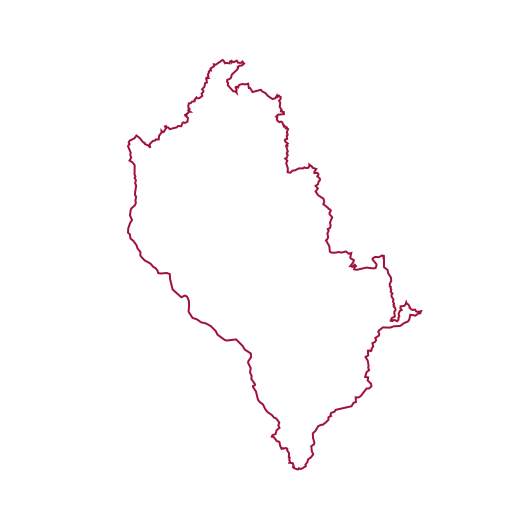 outline of Victoria, Caldas, Colombia, rotated 306°
{"feature_id": "7082276B78337286382012", "entity_name": "Victoria", "entity_type": "district", "adm_level": 2, "iso_a3": "COL", "parent_name": "Colombia", "parent_adm1": "Caldas", "projection": "mercator", "projection_center": [-74.809, 5.451], "detail": "fine", "context": "isolated", "style": "outline", "palette": "rose", "viewbox_px": 512, "rotation_deg": 306, "n_neighbors": 0, "source": "geoboundaries", "source_scale": "gbopen_adm2", "svg_char_len": 6140}
<svg xmlns="http://www.w3.org/2000/svg" viewBox="0 0 512 512"><g transform="rotate(306 256 256)"><path d="M283.2,88.4L279.8,88.5L275.0,86.0L273.0,86.3L272.2,87.9L269.7,87.8L265.9,93.9L263.7,95.0L262.3,97.2L258.8,97.6L259.2,100.8L258.2,104.4L250.7,109.7L249.5,111.7L247.9,111.8L246.7,114.3L243.8,115.5L242.5,117.7L235.8,121.1L234.0,122.7L233.5,124.2L229.9,125.9L228.5,127.5L226.1,128.2L221.2,127.2L219.2,127.8L214.8,130.1L212.2,134.6L208.9,134.7L203.3,136.4L199.7,138.7L199.3,141.3L196.3,144.2L196.2,147.6L194.4,153.2L192.5,155.6L191.3,160.1L188.5,162.1L187.9,163.8L187.0,168.5L187.8,175.0L186.8,179.5L187.1,182.0L186.4,184.7L184.7,186.9L185.9,189.3L189.8,193.8L190.7,196.9L186.9,200.0L179.9,208.2L178.7,219.8L182.2,221.7L182.6,223.7L181.8,225.7L180.0,228.3L177.2,230.6L171.3,234.2L168.6,241.1L170.0,245.1L170.1,250.6L172.0,255.0L172.7,260.7L171.6,267.5L169.7,271.2L169.7,280.1L170.4,282.0L176.8,288.9L175.4,298.0L173.7,301.9L174.1,309.1L171.2,311.5L166.5,311.6L164.9,312.4L162.2,317.6L158.3,319.6L156.4,323.0L153.8,324.5L151.6,330.7L150.7,331.0L149.1,330.0L148.4,330.4L146.3,335.7L141.0,341.9L140.1,344.5L140.0,349.0L137.6,353.3L136.5,357.0L136.7,362.1L135.9,365.2L136.4,367.9L134.9,372.8L132.1,373.6L130.8,376.0L127.2,375.1L123.3,376.5L120.8,374.6L119.1,375.0L119.9,376.7L118.5,381.8L119.4,384.1L116.5,387.3L115.0,390.0L116.3,390.6L116.1,391.3L118.2,393.0L118.5,394.5L117.1,395.5L115.8,398.7L112.4,400.9L112.7,401.7L110.5,402.8L109.9,404.0L108.3,404.5L110.0,407.5L107.9,410.3L107.0,410.0L106.7,410.6L107.5,414.4L108.2,415.6L109.5,415.5L109.7,417.0L111.7,418.5L115.3,419.8L116.3,418.6L119.4,418.7L122.2,417.7L125.3,418.8L129.1,418.9L130.8,416.0L134.6,412.5L137.6,413.6L139.3,413.0L142.3,409.1L145.9,406.2L149.5,406.9L154.9,406.3L158.0,408.1L158.6,409.2L162.1,410.2L166.0,410.9L168.2,409.4L170.7,410.8L171.3,409.6L173.1,409.0L176.2,411.0L178.4,410.9L190.6,421.6L194.6,421.2L196.5,422.7L200.3,419.7L201.7,422.0L204.3,423.1L213.7,423.3L215.3,425.3L218.3,426.0L220.3,424.2L220.9,419.5L223.7,418.2L222.3,415.4L227.1,413.7L230.1,414.6L231.5,412.5L233.6,411.4L237.0,407.9L238.6,404.0L241.5,405.2L245.2,402.2L246.1,403.2L246.5,404.8L247.4,405.0L249.1,403.9L251.7,404.0L253.9,401.4L256.3,402.8L258.6,402.6L259.7,400.7L263.9,402.2L265.5,401.5L266.6,399.4L268.1,399.3L272.8,400.6L276.9,406.6L280.0,408.7L284.1,413.7L288.9,415.3L292.2,417.4L294.5,417.4L299.2,415.4L301.5,420.1L304.6,420.9L306.1,422.5L308.4,422.0L306.1,420.0L305.3,418.1L306.1,416.1L304.3,414.3L304.1,412.9L304.4,410.6L305.0,410.5L306.3,407.9L306.1,406.0L306.9,404.7L304.4,405.5L302.6,405.1L300.3,402.6L298.5,403.6L297.9,405.6L296.4,404.7L294.6,404.9L292.8,405.5L291.5,407.4L289.6,407.5L288.3,408.7L286.3,408.6L285.7,405.8L284.8,404.7L283.5,404.6L282.8,403.1L285.5,402.3L288.6,403.9L292.0,400.7L294.4,400.6L295.8,399.0L296.0,397.2L296.9,397.2L297.3,395.9L298.6,395.7L299.6,393.6L301.6,392.8L302.9,389.5L304.4,388.4L305.8,388.5L306.2,386.0L308.5,385.1L308.6,384.2L310.2,383.3L310.0,382.2L312.2,380.5L315.3,380.1L317.8,377.9L319.8,373.0L322.0,370.7L322.3,366.0L328.7,361.4L329.0,360.6L330.3,360.4L330.3,359.3L331.2,359.1L330.4,357.6L327.2,356.1L325.3,352.9L322.5,351.8L321.6,352.5L320.2,358.1L319.4,359.0L316.5,359.8L314.9,358.2L311.5,352.1L304.1,345.7L302.9,343.2L304.5,342.4L306.6,342.8L307.0,341.0L303.7,340.2L304.1,339.2L303.3,338.2L307.9,338.4L310.2,337.6L309.7,334.4L310.2,333.1L314.4,331.3L312.4,329.8L312.5,326.0L309.0,323.2L307.9,320.7L304.8,317.7L303.1,315.0L302.9,313.2L307.0,309.6L309.8,303.4L311.0,303.8L313.6,303.4L316.2,300.5L319.1,300.0L319.9,298.2L322.2,299.4L324.4,298.6L326.3,296.3L332.1,294.9L333.1,290.9L334.3,290.0L336.5,290.0L337.2,288.9L336.8,287.0L337.3,285.8L337.5,279.9L339.8,279.5L342.0,277.0L341.7,270.5L343.2,266.3L347.0,266.4L347.7,263.0L350.6,264.0L352.7,263.0L355.2,263.1L356.3,261.8L356.5,258.7L358.4,258.8L359.2,258.0L359.2,256.5L357.4,254.5L358.6,253.7L361.8,253.6L360.6,249.8L361.2,248.9L361.3,245.4L359.9,246.4L358.1,246.5L356.5,244.6L356.1,243.0L354.5,242.6L352.0,239.1L348.2,237.2L346.6,235.4L343.6,234.9L342.4,232.3L345.7,230.2L348.8,225.9L351.5,225.3L352.0,222.4L353.2,223.2L356.4,222.3L356.7,220.8L358.2,220.1L359.1,220.4L362.7,215.8L363.5,216.6L364.0,215.5L365.6,215.7L365.8,212.6L366.5,211.4L367.3,211.1L369.0,212.4L371.3,210.2L372.7,210.4L374.1,208.3L377.5,207.4L376.9,205.4L377.9,205.6L378.2,204.5L377.1,202.6L378.2,202.1L377.9,201.3L379.6,198.7L379.5,197.3L378.1,196.3L378.0,194.1L378.6,192.7L380.9,191.6L380.6,190.4L383.2,190.7L387.2,195.2L388.8,193.8L388.0,192.6L388.8,191.5L388.0,191.0L389.5,190.3L390.6,187.5L394.3,185.5L395.2,183.4L397.6,183.6L399.1,182.6L398.5,180.7L400.0,180.3L397.3,179.8L398.2,178.6L394.9,178.9L392.7,177.1L392.5,171.7L393.3,167.8L392.8,163.9L393.3,162.2L386.6,156.8L388.4,152.5L387.7,151.5L390.8,148.3L388.4,146.4L387.6,144.5L385.4,142.4L383.9,141.8L381.8,142.5L381.5,140.7L380.9,140.4L380.2,140.5L379.0,142.8L378.1,142.8L376.7,144.3L377.0,142.8L375.9,140.7L377.6,132.8L379.8,131.5L380.0,130.1L381.7,129.2L383.6,130.6L385.5,131.0L388.6,129.8L395.6,131.2L397.7,131.0L398.1,130.1L400.1,130.7L401.7,132.5L404.7,133.3L405.3,130.7L403.9,130.7L403.0,129.8L401.8,127.8L402.7,125.6L399.7,124.0L399.4,122.4L398.6,122.5L399.4,121.4L398.0,120.6L396.3,121.4L394.7,118.3L393.7,117.7L395.0,114.8L394.9,113.7L386.9,110.9L386.3,109.2L384.7,110.5L380.9,109.0L379.6,110.5L379.1,109.6L377.4,109.4L376.7,110.2L374.7,110.3L373.3,112.0L371.6,111.5L371.7,112.7L370.3,111.4L367.6,114.3L365.9,113.2L362.7,114.8L359.2,114.4L358.8,116.2L357.8,116.9L355.5,116.5L353.9,118.5L350.3,117.3L348.9,115.7L349.3,114.6L346.2,114.5L345.2,115.4L343.2,113.5L341.2,113.3L340.0,111.9L337.4,113.1L336.0,114.5L335.8,115.9L334.1,115.6L334.1,118.1L333.0,116.7L331.8,117.0L328.4,115.7L328.0,116.3L328.9,117.2L327.9,117.7L327.7,119.8L324.3,121.6L321.8,120.2L321.5,118.8L320.7,118.3L317.0,119.2L315.3,116.5L313.4,116.2L307.9,111.6L308.4,109.6L307.6,108.2L308.2,106.8L307.4,106.2L306.4,108.1L301.9,108.4L301.3,107.4L301.7,106.0L300.4,107.0L296.4,106.9L293.1,108.8L291.4,106.4L290.4,106.6L288.5,105.0L284.9,104.3L283.4,104.5L281.5,106.9L282.1,103.9L281.3,100.4L282.1,99.2L281.6,98.1L283.1,92.6L283.2,88.4Z" fill="none" stroke="#9f1239" stroke-width="2"/></g></svg>